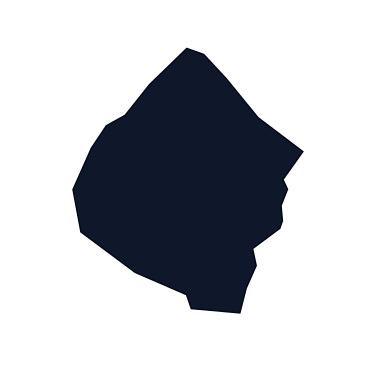 Kikwit, Bandundu, Democratic Republic of the Congo (Albers equal-area conic projection), rotated 62°
{"feature_id": "63176286B32367911689095", "entity_name": "Kikwit", "entity_type": "district", "adm_level": 2, "iso_a3": "COD", "parent_name": "Democratic Republic of the Congo", "parent_adm1": "Bandundu", "projection": "albers", "projection_center": [18.807, -5.057], "detail": "fine", "context": "isolated", "style": "filled", "palette": "ink", "viewbox_px": 384, "rotation_deg": 62, "n_neighbors": 0, "source": "geoboundaries", "source_scale": "gbopen_adm2", "svg_char_len": 474}
<svg xmlns="http://www.w3.org/2000/svg" viewBox="0 0 384 384"><g transform="rotate(62 192 192)"><path d="M134.0,295.9L175.1,308.8L236.3,279.9L280.1,245.0L294.6,247.3L321.2,206.5L302.3,189.3L287.1,169.9L270.4,165.1L267.6,146.8L265.3,131.6L259.9,125.7L245.8,119.8L234.4,106.4L223.7,105.9L208.4,75.2L157.4,98.8L108.1,108.6L76.1,117.1L62.8,129.2L77.3,179.2L92.9,215.0L93.1,225.9L93.3,236.5L106.1,260.3L134.0,295.9Z" fill="#0f172a" stroke="#020617" stroke-width="1.5"/></g></svg>